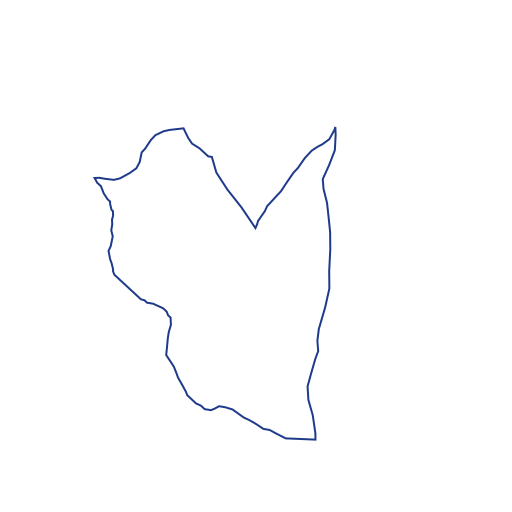 outline of Bani Swayf, Bani Suwayf, Egypt, rotated 314°
{"feature_id": "37247803B61298803193986", "entity_name": "Bani Swayf", "entity_type": "district", "adm_level": 2, "iso_a3": "EGY", "parent_name": "Egypt", "parent_adm1": "Bani Suwayf", "projection": "albers", "projection_center": [31.094, 29.077], "detail": "fine", "context": "isolated", "style": "outline", "palette": "blue", "viewbox_px": 512, "rotation_deg": 314, "n_neighbors": 0, "source": "geoboundaries", "source_scale": "gbopen_adm2", "svg_char_len": 1971}
<svg xmlns="http://www.w3.org/2000/svg" viewBox="0 0 512 512"><g transform="rotate(314 256 256)"><path d="M403.9,223.4L401.4,224.8L399.9,225.2L390.9,227.6L382.4,226.1L377.3,224.4L370.5,222.9L360.3,223.1L348.5,225.0L341.8,225.1L329.9,227.1L319.8,229.0L313.1,229.1L299.5,229.4L294.5,231.2L282.7,233.1L279.3,234.9L276.8,235.8L276.3,236.0L275.7,236.2L280.8,212.2L282.9,196.9L283.6,191.5L283.9,189.3L288.5,169.5L296.6,155.4L294.5,152.4L294.2,140.4L292.4,131.9L293.9,125.0L297.5,115.2L286.7,106.3L281.6,102.9L273.1,99.7L266.3,99.8L256.2,101.7L251.1,101.8L246.4,104.8L242.7,107.1L236.0,109.0L227.5,107.4L222.4,105.8L217.3,104.2L212.1,100.9L206.9,94.1L203.4,89.0L200.0,85.7L198.4,90.8L198.5,96.0L195.3,102.9L193.7,109.8L193.8,113.2L192.1,114.9L188.8,120.1L188.9,121.9L186.3,124.6L185.9,125.0L185.6,125.3L182.2,127.1L178.9,130.6L173.9,134.1L170.6,139.3L162.3,144.6L157.2,146.4L152.3,153.4L150.7,156.8L147.4,162.1L145.7,163.8L144.9,165.5L144.1,167.3L144.2,169.0L144.3,175.8L144.5,182.7L144.6,189.5L144.8,196.4L144.9,203.2L146.7,206.6L146.7,210.0L148.6,212.8L150.2,215.1L152.0,220.2L153.8,225.3L153.9,227.0L153.9,230.4L152.3,233.9L152.3,234.1L152.3,234.4L152.4,237.3L150.7,239.1L147.4,242.6L140.7,246.1L135.7,249.6L129.1,254.9L122.4,260.2L119.3,273.9L116.1,280.9L114.4,284.3L113.4,287.6L112.9,289.5L111.3,294.7L109.7,299.8L108.1,303.3L108.3,315.3L110.1,320.4L110.2,325.5L112.6,328.9L113.7,330.6L117.2,332.2L122.3,333.8L125.8,338.9L129.0,345.1L129.1,345.4L129.3,345.7L131.3,359.4L133.1,364.5L134.9,371.3L136.8,381.5L140.3,386.6L142.2,393.4L145.4,404.0L165.2,426.3L169.7,421.9L180.9,407.4L188.9,393.6L198.0,383.7L209.3,377.5L223.3,370.1L230.8,366.8L237.7,359.0L247.4,351.7L247.9,351.5L248.3,351.3L266.8,341.6L283.5,331.4L287.7,327.3L295.9,319.2L312.3,304.9L324.4,293.0L324.5,292.8L324.7,292.7L335.9,279.4L343.3,270.5L345.6,267.0L345.6,266.9L351.3,257.8L357.7,250.6L372.3,245.4L386.9,239.2L398.4,229.2L401.3,226.2L403.9,223.4Z" fill="none" stroke="#1e3a8a" stroke-width="2"/></g></svg>